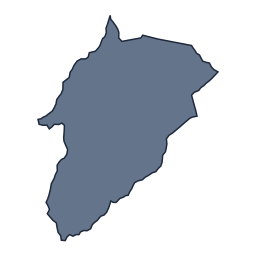 outline of Duartina, São Paulo, Brazil
{"feature_id": "56859067B62482372645698", "entity_name": "Duartina", "entity_type": "district", "adm_level": 2, "iso_a3": "BRA", "parent_name": "Brazil", "parent_adm1": "São Paulo", "projection": "equal_earth", "projection_center": [-49.423, -22.399], "detail": "fine", "context": "isolated", "style": "filled", "palette": "slate", "viewbox_px": 256, "rotation_deg": 0, "n_neighbors": 0, "source": "geoboundaries", "source_scale": "gbopen_adm2", "svg_char_len": 1914}
<svg xmlns="http://www.w3.org/2000/svg" viewBox="0 0 256 256"><path d="M110.2,15.4L108.5,20.8L107.2,25.1L106.0,28.2L106.3,32.7L104.8,36.9L102.7,38.4L101.3,41.9L99.8,45.9L98.1,48.2L95.4,51.2L91.8,52.1L89.3,52.7L88.2,57.0L85.7,58.9L81.1,58.9L77.1,61.1L74.0,65.4L72.3,69.2L70.1,72.3L69.2,77.5L66.1,79.9L63.0,82.3L62.9,89.3L61.1,93.8L58.9,96.5L56.7,99.7L56.0,104.0L54.3,107.6L52.3,111.1L50.0,112.8L48.0,114.3L45.8,116.1L43.5,117.0L41.0,118.8L38.0,119.4L39.1,124.3L43.1,125.3L46.9,125.1L49.3,128.9L51.8,127.0L54.2,124.3L58.8,124.5L61.9,123.1L64.4,125.3L64.2,130.9L63.7,137.9L64.0,141.1L65.6,145.1L67.6,149.5L66.8,154.3L64.3,158.1L61.4,159.5L58.7,162.6L57.1,165.3L57.3,170.9L55.3,174.8L54.2,178.3L51.3,183.8L50.5,188.9L49.1,194.6L47.7,199.0L46.1,202.4L47.8,205.3L49.5,209.5L47.3,213.7L49.9,216.8L52.8,220.2L56.3,222.8L57.1,227.8L58.1,232.4L60.7,235.8L61.3,240.2L65.2,240.6L67.1,236.8L69.6,234.6L73.0,236.2L76.0,234.6L79.0,234.6L80.5,231.9L83.8,230.5L87.1,230.7L90.6,228.8L92.3,224.7L94.3,222.6L97.2,220.5L100.6,216.3L104.3,214.9L106.6,212.2L108.7,207.8L109.8,204.3L110.8,201.0L113.2,202.4L116.1,202.4L119.8,198.5L123.5,197.1L125.6,195.6L128.1,195.3L129.6,192.1L131.9,188.4L133.2,185.3L134.7,182.6L137.7,181.0L142.5,179.7L145.3,177.1L148.3,175.5L152.5,172.7L155.8,171.7L158.2,168.5L160.8,166.0L162.1,162.2L162.7,155.2L165.4,151.8L166.1,148.9L166.9,143.9L166.4,138.9L168.9,135.3L172.3,133.2L177.2,129.1L179.5,127.2L184.1,123.1L187.3,120.4L189.9,118.2L192.6,117.0L197.0,116.2L195.8,110.7L194.3,105.4L192.6,99.2L191.6,95.1L194.1,92.4L196.5,91.4L198.7,90.5L201.0,87.5L204.1,85.4L206.0,83.3L209.2,80.9L212.1,78.2L218.0,71.9L213.9,69.6L211.3,66.8L209.4,63.0L206.0,62.3L202.7,61.1L200.9,57.8L199.5,55.0L196.6,53.3L195.0,50.6L193.2,48.2L191.5,45.5L157.7,39.0L142.7,35.2L140.9,37.9L121.9,41.4L118.8,38.0L118.8,32.3L117.6,28.9L115.3,25.1L112.7,21.6L110.7,19.2L110.2,15.4Z" fill="#64748b" stroke="#1e293b" stroke-width="1.5"/></svg>